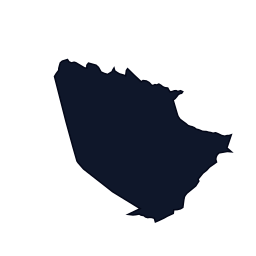 Paulista, Paraíba, Brazil (orthographic projection), rotated 42°
{"feature_id": "56859067B46882677849829", "entity_name": "Paulista", "entity_type": "district", "adm_level": 2, "iso_a3": "BRA", "parent_name": "Brazil", "parent_adm1": "Paraíba", "projection": "orthographic", "projection_center": [-37.594, -6.622], "detail": "fine", "context": "isolated", "style": "filled", "palette": "ink", "viewbox_px": 256, "rotation_deg": 42, "n_neighbors": 0, "source": "geoboundaries", "source_scale": "gbopen_adm2", "svg_char_len": 1705}
<svg xmlns="http://www.w3.org/2000/svg" viewBox="0 0 256 256"><g transform="rotate(42 128 128)"><path d="M220.8,76.5L214.8,76.6L209.3,63.9L208.2,65.9L206.7,67.3L205.3,69.4L202.6,70.9L198.8,72.0L196.3,72.9L194.7,75.0L192.5,76.0L190.7,77.2L188.6,78.2L186.9,79.6L185.4,80.7L183.6,81.3L181.6,82.0L179.5,83.2L177.0,83.4L174.7,84.2L173.1,85.1L170.8,86.0L168.0,86.0L166.3,86.2L164.4,86.4L160.8,86.7L157.5,85.9L155.8,85.0L142.8,77.0L143.3,74.6L143.2,71.8L143.0,69.7L143.5,67.9L144.6,66.3L144.4,64.4L142.1,65.1L140.6,67.5L138.9,68.0L137.6,69.2L136.5,71.2L135.3,72.9L133.3,72.6L130.8,71.7L128.3,73.4L126.1,74.1L124.0,74.2L121.5,74.7L120.6,76.8L119.0,77.7L118.3,79.3L117.1,80.5L115.2,80.2L113.0,80.1L110.1,80.8L107.4,82.7L106.9,84.8L97.0,84.6L88.0,84.2L88.3,86.3L91.3,90.8L89.1,91.7L85.4,93.5L82.4,94.1L79.9,94.4L77.5,92.8L77.9,95.1L78.5,96.8L77.0,101.8L73.9,103.3L70.5,104.4L65.4,102.7L62.2,102.7L55.2,106.2L55.4,108.8L57.3,111.1L55.5,112.4L45.5,114.4L43.9,115.2L42.4,117.5L39.8,118.3L37.2,117.6L35.9,119.8L34.4,122.3L34.1,124.9L35.3,127.4L36.6,129.9L37.9,131.5L38.3,135.8L38.9,138.9L77.6,164.7L99.9,179.0L112.2,186.7L114.2,187.2L122.4,188.2L149.8,186.3L159.1,185.7L169.4,183.8L191.0,179.8L185.9,192.1L187.9,190.7L189.9,189.3L191.8,187.2L194.0,184.4L196.0,184.0L198.4,182.5L200.5,182.4L202.6,181.4L203.9,179.9L205.7,178.5L208.0,177.5L211.2,179.5L212.7,176.3L215.0,170.8L216.2,167.2L218.8,161.2L216.7,158.2L219.2,155.7L221.1,152.9L221.9,150.3L217.6,144.1L216.0,141.4L215.6,139.8L215.4,137.1L217.1,125.8L216.2,120.1L214.3,119.1L214.1,115.2L213.9,111.5L214.7,106.7L214.7,102.6L216.6,94.1L214.1,92.5L212.8,90.4L212.2,88.1L212.3,85.6L217.5,79.0L220.8,76.5Z" fill="#0f172a" stroke="#020617" stroke-width="1.5"/></g></svg>